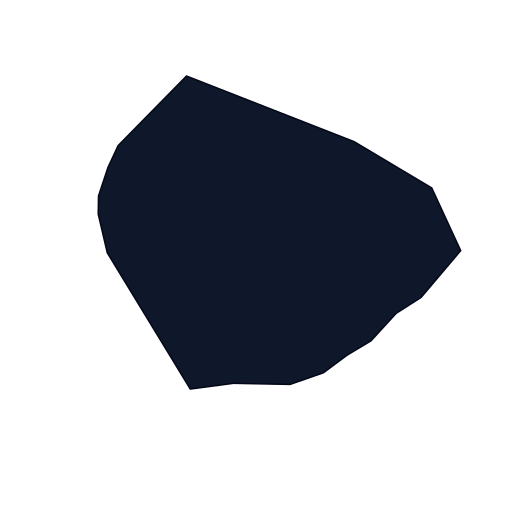 the border of Trnovska vas, rotated 210°
{"feature_id": "SVN-230", "entity_name": "Trnovska vas", "entity_type": "Municipality", "adm_level": 1, "iso_a3": "SVN", "parent_name": "Slovenia", "parent_adm1": "", "projection": "albers", "projection_center": [15.891, 46.523], "detail": "fine", "context": "isolated", "style": "filled", "palette": "ink", "viewbox_px": 512, "rotation_deg": 210, "n_neighbors": 0, "source": "natural_earth", "source_scale": "10m", "svg_char_len": 385}
<svg xmlns="http://www.w3.org/2000/svg" viewBox="0 0 512 512"><g transform="rotate(210 256 256)"><path d="M246.4,107.9L386.4,184.4L413.6,213.4L422.4,229.2L428.5,258.7L430.6,282.7L406.2,377.1L228.1,404.1L137.8,402.8L81.4,363.0L92.3,302.7L105.9,276.5L114.0,240.0L127.6,215.5L139.2,188.6L162.3,161.8L211.8,134.5L246.4,107.9Z" fill="#0f172a" stroke="#020617" stroke-width="1.5"/></g></svg>